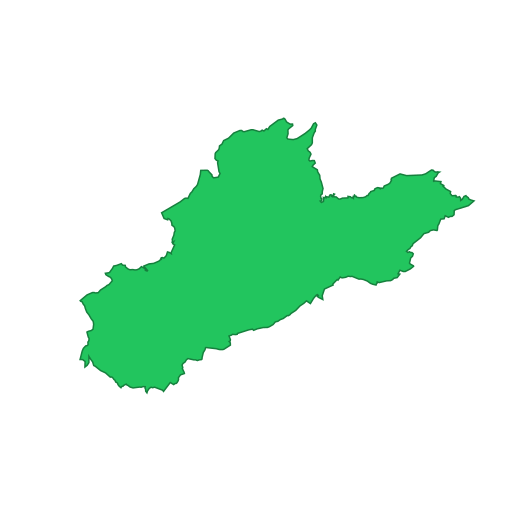 Valea Chioarului, Maramures, Romania, rotated 320°
{"feature_id": "2599482B15879109354657", "entity_name": "Valea Chioarului", "entity_type": "district", "adm_level": 2, "iso_a3": "ROU", "parent_name": "Romania", "parent_adm1": "Maramures", "projection": "robinson", "projection_center": [23.459, 47.406], "detail": "fine", "context": "isolated", "style": "filled", "palette": "green", "viewbox_px": 512, "rotation_deg": 320, "n_neighbors": 0, "source": "geoboundaries", "source_scale": "gbopen_adm2", "svg_char_len": 6099}
<svg xmlns="http://www.w3.org/2000/svg" viewBox="0 0 512 512"><g transform="rotate(320 256 256)"><path d="M350.3,363.3L354.5,362.3L353.4,360.9L357.1,359.4L358.8,362.5L360.3,363.8L365.9,365.1L370.1,365.2L370.3,364.7L369.0,361.3L369.0,360.1L373.3,356.9L375.7,356.8L377.9,355.4L377.7,353.6L376.6,352.5L376.3,351.4L374.6,350.9L374.3,349.1L377.0,348.9L378.7,349.2L380.5,348.5L382.4,348.6L383.5,347.8L384.5,347.5L393.8,347.8L399.0,346.8L403.5,348.8L405.9,348.6L408.8,350.1L411.0,352.8L411.6,352.7L414.8,349.6L416.7,349.0L421.2,346.5L424.0,348.4L426.8,346.8L428.3,350.1L430.1,350.5L431.7,351.7L434.2,351.7L437.0,348.7L438.5,348.7L451.1,354.0L458.4,353.9L456.4,350.9L455.7,349.1L456.1,347.8L455.5,345.3L455.6,344.7L453.6,344.1L450.3,345.2L448.5,345.0L449.8,343.4L450.0,341.3L448.7,340.9L447.3,339.4L448.0,338.5L447.9,338.0L444.9,335.9L444.9,333.0L446.5,331.7L444.6,326.9L444.2,323.2L444.6,323.1L444.4,322.6L445.1,322.5L443.8,319.1L445.5,317.9L441.1,313.3L440.2,313.1L440.2,312.7L443.0,310.6L445.2,310.8L449.0,309.4L450.4,309.6L448.9,308.0L447.7,307.5L447.0,306.1L446.7,303.8L446.0,303.6L445.7,302.9L438.8,302.1L435.2,300.6L423.0,291.2L419.1,285.7L409.8,283.5L408.4,284.5L408.3,285.2L405.5,286.2L403.6,286.1L399.2,284.8L397.4,285.7L396.1,285.3L395.7,284.6L394.5,284.4L394.7,283.7L394.1,283.5L394.1,282.8L393.0,281.7L390.9,281.1L390.0,281.0L388.8,281.8L385.2,280.4L384.5,280.8L382.8,280.8L380.8,281.7L380.1,281.1L378.0,281.1L375.6,280.1L372.4,277.6L371.1,275.9L370.8,275.4L371.1,274.6L370.5,274.1L370.7,272.6L370.3,272.6L369.5,273.7L368.7,272.9L367.6,274.4L367.3,273.4L366.6,272.7L366.4,271.3L364.8,269.5L364.3,270.3L363.8,270.6L359.4,267.2L356.8,266.4L355.9,265.3L355.4,262.3L353.7,260.7L354.8,259.2L355.9,259.1L355.5,258.3L352.7,259.8L352.2,258.8L353.0,258.1L352.8,257.2L351.6,256.8L349.6,257.8L348.2,256.0L347.2,256.5L347.0,256.0L347.4,255.2L346.3,255.6L345.6,255.3L345.3,254.7L344.9,255.5L342.7,257.6L340.5,257.0L340.5,255.2L341.4,255.6L342.3,255.5L343.4,254.3L342.8,253.8L343.9,251.7L345.0,250.9L346.6,251.0L348.4,249.1L350.7,247.4L353.6,241.3L354.6,238.1L356.7,235.1L357.3,231.2L358.4,229.4L356.5,223.7L358.0,223.1L361.1,222.9L362.0,220.4L360.6,219.1L358.3,217.9L358.2,216.4L359.8,215.1L363.6,213.3L364.1,211.3L363.6,209.0L364.2,206.7L370.1,206.4L371.9,205.5L375.2,201.6L379.8,199.0L381.7,198.5L382.7,197.2L386.8,194.8L387.1,192.1L385.1,191.7L380.4,193.6L378.1,193.8L372.5,193.7L363.0,192.5L359.4,190.8L355.6,187.0L355.6,185.2L359.1,183.0L361.5,179.9L362.9,179.6L368.0,179.7L368.8,178.4L366.9,176.9L365.6,173.0L366.2,169.7L365.9,168.4L365.4,168.1L364.5,168.2L360.4,166.2L349.8,165.6L346.4,166.7L345.8,165.2L342.4,165.3L341.6,163.5L340.5,163.6L338.5,162.8L334.8,157.3L333.5,156.2L327.0,153.3L326.0,152.3L325.7,150.6L324.3,149.5L318.0,147.5L310.7,148.1L305.4,146.8L301.9,148.4L298.8,148.2L297.0,149.9L295.6,150.6L291.5,150.9L290.4,151.5L287.2,155.0L287.2,157.2L288.0,158.8L286.5,159.9L281.9,167.6L281.5,169.7L277.7,171.3L273.7,168.8L273.6,166.7L274.4,165.5L274.1,161.3L274.2,160.1L273.8,159.0L268.7,154.9L265.7,157.8L257.1,163.7L254.9,164.3L251.6,164.5L248.1,165.7L246.0,165.8L240.9,168.1L239.5,166.6L238.2,166.0L232.6,165.8L211.5,162.2L209.7,168.2L211.6,171.5L212.7,170.7L213.3,171.9L213.5,174.4L212.6,176.7L211.4,178.4L212.0,180.8L211.6,182.5L210.1,184.9L208.7,185.3L206.4,187.3L202.6,189.3L201.8,190.6L200.6,191.6L201.1,192.1L202.0,192.2L200.1,193.0L200.8,195.2L193.1,198.9L192.6,199.8L191.8,197.4L190.8,196.0L187.6,198.0L186.4,198.2L184.1,198.4L183.3,197.0L182.4,196.5L181.9,196.6L182.2,197.1L181.3,197.7L181.0,197.4L178.3,197.5L172.9,195.9L169.0,193.3L163.6,191.6L163.3,192.6L163.6,193.9L163.6,197.4L162.9,197.5L162.0,195.9L162.7,195.1L162.7,193.9L161.4,190.5L158.3,190.7L155.9,190.0L154.3,188.9L152.9,187.2L150.7,185.6L149.8,184.2L149.0,180.6L149.8,179.1L147.9,177.3L147.9,175.3L143.1,173.6L140.5,172.2L138.2,173.2L133.4,174.4L132.6,174.3L129.5,172.4L129.0,173.8L129.9,176.9L130.6,178.1L130.8,180.1L130.5,181.4L129.9,182.6L125.0,183.4L122.9,182.8L121.2,182.9L115.0,182.1L111.5,182.7L109.1,181.0L108.5,179.9L107.3,178.9L101.6,177.2L92.6,177.2L92.6,178.0L93.4,179.4L92.7,181.9L92.7,184.0L91.5,186.6L90.3,190.2L90.2,193.6L89.4,198.2L89.3,201.4L87.7,204.0L84.1,207.3L81.9,207.2L79.1,205.9L77.6,205.6L75.4,210.3L75.1,212.0L73.4,213.5L71.9,213.9L70.4,215.9L69.4,216.2L67.7,215.4L64.4,215.8L61.8,217.1L54.7,222.2L56.6,223.9L57.3,226.9L53.6,231.1L56.4,231.2L59.4,230.3L63.5,225.5L63.0,228.7L62.8,232.1L61.3,235.6L62.0,237.2L63.3,243.8L65.6,248.8L66.5,255.1L67.3,255.5L67.9,256.5L68.0,258.1L67.8,259.2L68.1,260.5L67.5,262.4L68.0,263.3L68.1,264.6L67.6,265.8L67.5,267.8L67.9,270.1L69.2,269.6L70.4,270.3L71.2,270.0L74.2,270.7L74.2,271.9L74.7,272.7L75.3,275.4L77.0,278.0L82.9,281.8L83.6,282.7L85.5,283.4L87.1,284.9L86.1,285.8L85.8,287.0L84.6,288.7L84.5,290.7L86.2,289.6L89.2,288.8L91.3,289.1L92.1,290.4L94.0,291.3L98.2,298.8L98.1,300.3L109.0,297.8L110.3,301.6L111.8,301.6L113.0,302.3L113.9,302.3L116.0,301.6L117.3,300.8L118.3,299.4L121.7,298.5L125.6,300.0L126.2,298.8L127.2,294.9L128.2,294.4L129.2,292.1L130.9,291.4L133.5,291.6L135.8,290.8L137.9,290.8L141.7,295.7L142.8,296.5L143.9,298.4L145.8,299.1L147.6,300.3L148.5,300.2L149.1,299.4L153.5,296.1L156.7,295.0L158.4,293.8L158.8,293.9L166.0,301.5L167.8,304.1L170.2,306.2L171.4,306.8L179.1,307.8L180.5,306.0L180.5,304.2L181.7,304.5L182.7,303.5L183.9,299.9L186.6,300.9L187.5,300.8L190.0,303.2L191.3,303.9L192.0,303.4L203.2,308.0L206.3,309.8L206.4,311.4L210.2,312.6L215.5,315.4L218.9,318.1L220.9,318.8L225.1,319.5L228.5,318.9L230.8,320.1L233.6,320.3L236.7,321.4L241.6,321.7L242.4,322.5L244.4,322.8L245.8,322.5L251.5,323.2L257.7,322.5L262.3,323.0L265.8,322.8L267.1,327.4L272.7,325.5L276.5,324.8L278.1,324.9L278.4,326.2L277.0,326.4L277.4,328.1L279.2,332.3L281.2,329.0L287.2,325.3L296.4,327.8L296.7,326.9L303.1,326.2L303.3,327.2L307.0,326.2L307.4,327.4L308.2,328.3L311.1,330.0L313.6,330.7L315.2,332.5L316.5,333.3L320.0,339.9L321.5,341.0L323.1,342.9L325.2,346.8L326.1,350.5L327.3,352.7L329.3,355.4L330.4,354.7L331.0,354.8L332.2,353.8L333.2,355.5L340.1,359.0L343.3,361.4L345.6,361.9L347.1,361.6L350.3,363.3Z" fill="#22c55e" stroke="#15803d" stroke-width="1.5"/></g></svg>